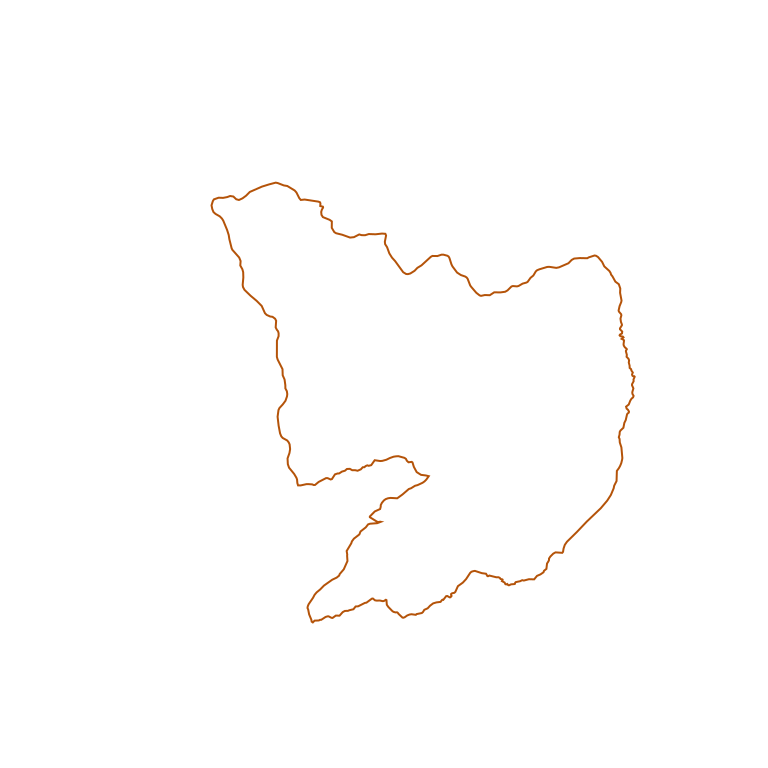 Aratoca, Santander, Colombia, rotated 308°
{"feature_id": "7082276B70288083001558", "entity_name": "Aratoca", "entity_type": "district", "adm_level": 2, "iso_a3": "COL", "parent_name": "Colombia", "parent_adm1": "Santander", "projection": "albers", "projection_center": [-73.027, 6.735], "detail": "fine", "context": "isolated", "style": "outline", "palette": "amber", "viewbox_px": 768, "rotation_deg": 308, "n_neighbors": 0, "source": "geoboundaries", "source_scale": "gbopen_adm2", "svg_char_len": 6166}
<svg xmlns="http://www.w3.org/2000/svg" viewBox="0 0 768 768"><g transform="rotate(308 384 384)"><path d="M429.0,139.0L424.8,136.3L422.8,136.5L418.6,138.1L416.1,141.0L414.5,143.8L414.3,146.5L415.0,151.4L414.6,154.4L413.8,156.7L408.8,165.5L405.8,169.9L402.9,173.0L397.2,180.3L396.4,181.8L394.5,192.0L392.6,195.3L388.9,197.8L387.2,201.8L385.4,204.2L381.3,207.6L375.1,211.6L373.6,213.2L372.3,216.1L371.4,224.5L371.1,232.6L370.2,239.6L366.5,246.6L366.2,249.0L367.1,252.7L368.3,254.8L368.4,258.0L367.4,260.1L361.9,263.8L360.8,266.1L360.3,268.1L359.1,269.7L356.8,271.5L352.3,272.9L339.4,282.9L337.8,285.1L333.2,294.9L328.5,298.8L326.3,302.9L322.3,307.0L319.8,309.0L318.5,311.9L316.5,314.0L314.5,315.2L310.1,316.7L305.6,316.8L300.7,316.4L298.5,316.9L292.7,320.3L286.3,326.6L281.1,332.5L279.5,335.3L279.1,337.4L279.9,342.5L279.3,344.9L278.3,346.8L274.9,350.1L271.4,352.0L266.0,353.8L261.6,357.6L259.6,360.7L257.8,368.6L256.2,372.7L255.2,374.3L252.6,376.7L251.2,378.7L252.7,380.7L257.4,384.6L258.5,386.0L260.7,389.2L261.1,390.8L262.0,391.8L266.6,392.8L274.2,396.3L275.1,397.5L275.9,400.7L277.0,401.5L282.6,401.0L284.9,402.5L285.9,403.7L289.1,404.8L291.6,406.6L294.2,407.1L296.1,409.3L296.5,412.0L298.4,414.5L299.4,416.6L302.5,418.3L305.3,418.5L306.4,419.8L307.9,420.0L309.6,420.9L310.1,422.3L312.2,423.9L318.2,423.6L321.0,428.5L322.4,430.0L325.8,432.5L329.3,434.2L332.6,436.3L334.4,438.0L336.0,439.8L338.4,445.6L338.5,447.4L337.6,449.2L337.4,451.5L339.7,453.8L339.7,454.8L337.1,458.5L334.7,464.0L335.2,469.1L337.7,473.3L338.9,476.0L334.7,476.2L332.2,475.9L329.9,475.2L325.0,472.7L322.9,471.1L318.5,469.5L316.5,468.2L308.4,466.6L302.1,464.8L298.2,459.2L296.4,457.5L294.3,456.2L292.2,455.6L289.1,455.5L286.6,456.0L285.2,457.0L283.1,457.9L277.9,455.2L270.9,454.4L270.3,454.9L271.2,463.2L271.8,464.7L273.1,465.7L273.4,466.3L270.1,464.3L265.3,459.0L263.6,457.9L259.8,457.9L253.3,456.3L250.3,457.2L243.6,455.5L240.2,455.6L238.3,456.3L229.4,457.4L227.0,460.0L225.9,460.7L222.0,464.2L213.2,466.4L207.0,466.1L205.4,466.6L202.3,465.9L197.9,463.7L188.2,460.8L182.8,460.2L178.3,459.2L175.1,459.1L171.8,459.7L164.0,460.2L161.9,460.8L160.4,461.6L159.6,463.1L156.4,466.8L153.5,471.9L152.2,473.3L152.3,474.7L154.8,475.0L157.5,478.2L158.8,478.8L159.5,479.7L164.5,481.4L166.3,482.7L166.8,483.4L167.4,486.5L168.0,487.5L171.8,488.6L174.1,491.6L178.8,491.9L181.1,492.9L183.1,495.3L184.3,495.9L187.7,498.6L191.2,498.6L192.9,500.5L199.7,503.7L200.9,504.8L207.4,506.6L208.1,507.3L208.0,510.1L208.8,511.6L210.8,514.0L212.1,516.7L212.9,517.5L215.1,518.3L215.2,519.0L211.8,522.1L211.0,524.6L210.2,530.4L210.3,531.8L211.1,533.7L212.1,534.8L212.2,535.7L211.8,537.0L211.3,542.3L211.7,543.1L212.9,543.9L215.9,544.8L218.1,546.1L219.5,547.4L221.7,551.2L222.7,551.3L226.8,554.8L228.3,555.1L230.9,554.8L234.1,556.5L237.7,556.8L241.4,557.8L244.2,559.8L247.1,562.7L249.4,562.7L250.2,563.0L250.4,563.6L255.1,563.6L255.9,564.4L256.3,567.1L256.9,567.7L258.6,567.7L259.0,566.8L259.8,566.2L261.0,566.5L262.8,568.0L264.1,568.2L270.2,566.7L276.0,568.4L280.8,568.8L288.3,568.2L289.9,568.5L291.5,569.6L292.7,570.7L295.2,577.6L297.3,581.2L296.3,583.8L296.8,584.5L297.9,584.9L300.9,591.6L302.2,593.2L302.5,594.6L302.1,595.9L302.9,597.6L302.7,598.1L301.3,598.3L301.8,601.3L301.0,602.9L301.3,603.7L302.3,604.2L302.0,605.7L302.3,606.4L304.4,607.5L306.6,609.9L307.2,610.2L308.2,609.7L309.0,609.8L312.3,612.6L314.5,613.7L315.2,615.2L319.4,618.4L322.5,622.6L327.0,622.7L330.3,624.5L333.8,625.6L335.4,625.1L338.3,625.8L342.9,623.0L345.8,622.7L346.9,622.4L348.0,621.5L350.4,621.3L354.5,621.8L356.9,622.8L360.7,628.4L362.0,628.4L364.9,626.8L368.6,625.5L372.4,625.3L386.1,627.1L400.5,628.5L419.5,631.3L429.5,631.7L436.2,631.1L443.2,629.2L445.6,628.0L450.7,627.0L458.9,621.0L462.3,620.9L464.8,620.5L467.7,619.7L471.0,618.2L472.4,617.4L480.2,610.1L483.1,605.8L485.7,603.5L486.6,601.8L489.1,600.8L491.3,599.3L492.9,599.0L496.9,599.6L501.4,597.3L504.4,596.7L509.3,594.4L510.4,594.1L512.2,594.5L513.1,594.0L513.9,592.1L514.0,590.3L515.2,588.7L518.5,589.5L522.6,588.3L524.8,588.1L526.8,588.5L528.3,588.0L529.2,585.8L530.4,584.7L534.1,583.2L535.7,580.2L536.5,579.6L539.9,579.0L541.2,577.8L544.0,577.1L544.2,576.5L543.5,575.5L543.5,574.6L544.2,573.6L546.2,573.0L546.9,570.7L547.8,569.6L547.9,567.7L549.7,566.2L551.6,563.7L553.5,562.6L554.4,561.1L554.8,558.4L556.5,557.4L558.6,554.6L559.3,554.1L560.8,554.0L561.1,553.6L561.2,551.2L561.9,549.3L562.8,548.3L566.0,546.4L566.3,545.7L565.9,543.5L568.2,544.0L568.4,543.0L567.2,540.8L567.4,539.7L568.1,539.5L570.4,540.4L572.0,539.4L572.4,536.3L573.1,535.7L576.8,535.3L577.4,534.8L578.8,532.5L581.1,530.1L584.2,528.8L585.0,527.9L585.7,524.5L586.4,523.6L590.4,521.7L594.6,520.5L596.0,519.8L601.2,513.9L604.7,511.4L607.2,507.6L607.1,503.3L609.5,497.7L610.0,495.6L611.0,494.2L611.8,492.0L612.3,485.2L614.5,480.7L615.8,474.5L615.6,472.2L614.9,470.8L609.7,467.3L608.3,466.8L603.8,460.8L599.9,456.6L597.3,455.5L592.7,455.0L583.7,450.1L581.6,448.3L578.2,442.3L576.8,440.6L570.0,435.8L567.9,434.6L566.2,434.3L561.4,434.9L557.9,434.1L552.8,434.3L551.5,433.7L548.4,431.4L544.1,429.7L542.8,428.7L540.5,425.2L539.3,424.4L533.8,423.7L531.3,422.7L527.8,419.3L524.1,414.4L519.1,412.7L516.2,408.7L513.2,406.2L512.7,404.8L512.7,400.6L514.2,393.1L514.7,391.3L518.4,385.1L518.8,383.6L518.7,381.9L517.2,377.5L516.8,373.0L518.8,365.6L519.8,363.5L523.5,358.1L524.2,356.5L524.1,355.0L522.5,351.2L521.3,349.7L517.7,347.3L514.7,343.3L513.1,342.6L500.6,340.5L496.1,338.8L492.0,338.4L487.3,336.7L485.3,335.2L484.3,333.7L483.9,330.3L487.7,317.1L488.5,312.5L490.2,307.8L493.7,302.2L494.9,298.8L496.6,297.1L502.3,294.2L503.2,292.6L501.3,289.8L496.8,285.2L492.8,279.7L489.6,277.5L487.5,274.7L486.6,272.4L481.2,269.9L478.5,267.1L475.9,259.2L473.3,253.4L473.1,251.3L474.9,246.7L480.0,242.8L479.9,240.1L477.9,233.1L478.8,230.6L480.9,228.6L483.1,227.7L485.5,227.4L486.1,226.7L485.0,224.2L487.2,222.7L487.8,221.7L487.3,220.0L480.5,207.9L477.8,205.1L478.3,202.8L481.0,197.1L481.5,194.5L480.5,185.9L478.8,182.8L476.9,176.5L476.0,174.7L470.6,170.6L464.4,166.3L452.7,160.0L447.5,159.4L443.2,158.2L439.7,156.4L438.6,153.8L439.0,149.9L437.4,147.0L434.8,145.4L431.6,142.6L429.0,139.0Z" fill="none" stroke="#b45309" stroke-width="2"/></g></svg>